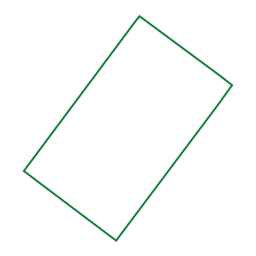 the district of Banner, Nebraska, United States of America, rotated 307°
{"feature_id": "52423323B1452936307731", "entity_name": "Banner", "entity_type": "district", "adm_level": 2, "iso_a3": "USA", "parent_name": "United States of America", "parent_adm1": "Nebraska", "projection": "orthographic", "projection_center": [-103.858, 41.546], "detail": "fine", "context": "isolated", "style": "outline", "palette": "green", "viewbox_px": 256, "rotation_deg": 307, "n_neighbors": 0, "source": "geoboundaries", "source_scale": "gbopen_adm2", "svg_char_len": 419}
<svg xmlns="http://www.w3.org/2000/svg" viewBox="0 0 256 256"><g transform="rotate(307 128 128)"><path d="M224.2,69.9L218.9,69.7L31.0,70.7L30.9,90.7L30.9,93.4L30.9,99.2L30.9,102.7L30.9,110.8L30.9,121.4L30.9,125.8L30.9,130.2L30.9,130.9L30.9,137.3L30.9,139.8L30.9,176.9L30.9,180.8L30.9,186.2L30.9,186.3L201.4,185.9L222.8,185.4L224.8,185.4L225.1,169.1L224.2,69.9Z" fill="none" stroke="#15803d" stroke-width="2"/></g></svg>